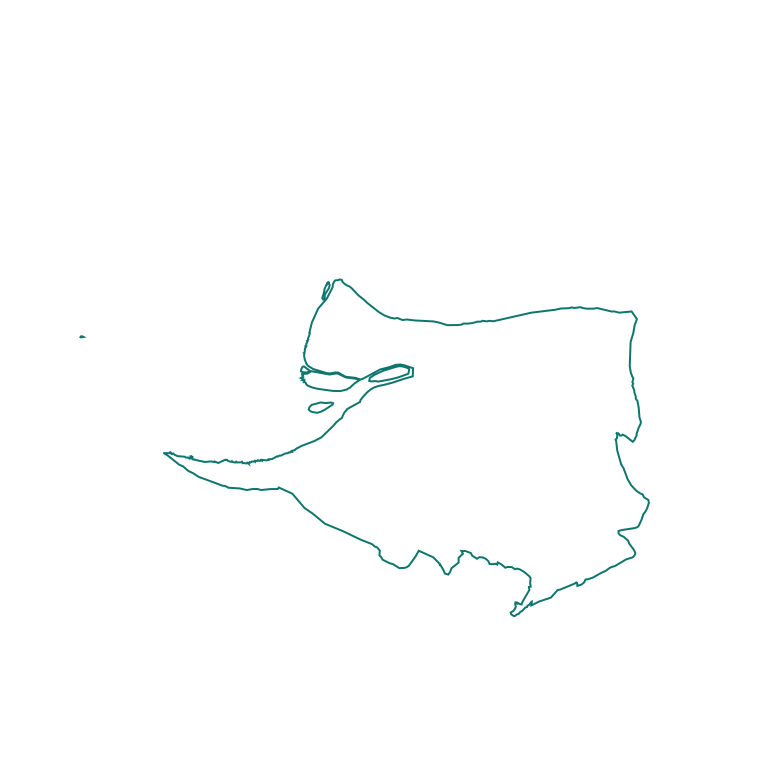 outline of Rokan Hilir, Riau, Indonesia, rotated 293°
{"feature_id": "22746128B71759944188311", "entity_name": "Rokan Hilir", "entity_type": "district", "adm_level": 2, "iso_a3": "IDN", "parent_name": "Indonesia", "parent_adm1": "Riau", "projection": "natural_earth1", "projection_center": [100.629, 2.071], "detail": "fine", "context": "isolated", "style": "outline", "palette": "teal", "viewbox_px": 768, "rotation_deg": 293, "n_neighbors": 0, "source": "geoboundaries", "source_scale": "gbopen_adm2", "svg_char_len": 6166}
<svg xmlns="http://www.w3.org/2000/svg" viewBox="0 0 768 768"><g transform="rotate(293 384 384)"><path d="M542.6,591.4L547.5,583.6L541.6,572.7L540.7,567.3L539.7,565.4L537.2,550.6L535.1,547.2L532.5,541.0L531.5,537.1L531.6,535.1L528.4,529.6L527.8,526.8L526.0,524.5L522.6,517.3L519.3,512.7L507.2,491.7L484.5,460.2L483.3,456.3L481.8,454.1L480.6,449.8L479.3,448.9L477.8,445.5L474.8,441.8L471.6,436.2L471.5,435.2L470.5,433.3L468.8,432.0L466.9,428.5L462.9,419.2L462.2,411.9L461.0,405.3L454.4,387.1L452.3,379.8L450.1,376.0L450.0,370.6L448.3,367.9L447.5,363.6L447.3,357.5L448.2,351.2L452.1,336.9L453.8,332.5L455.6,325.8L459.5,316.9L460.3,314.2L460.3,310.8L461.2,307.3L461.7,306.1L463.4,304.4L462.9,302.3L461.7,301.3L460.4,298.7L458.7,298.1L455.8,298.0L452.8,298.9L440.5,298.0L427.5,293.9L412.3,293.6L401.9,295.3L401.9,295.8L400.6,296.1L396.2,296.3L395.6,296.9L393.8,296.3L393.6,297.0L390.2,296.8L388.8,297.7L388.1,296.9L387.1,297.7L386.1,297.3L382.0,298.6L381.3,298.2L381.2,298.8L378.9,299.3L375.5,301.6L372.5,304.5L371.1,306.6L370.1,313.0L371.7,327.3L372.5,329.9L375.7,334.8L376.6,337.4L375.7,345.9L378.5,355.4L379.0,360.7L380.8,362.7L395.9,374.8L401.8,382.5L406.3,387.4L408.3,391.4L409.2,395.4L409.9,404.6L402.3,407.5L396.2,399.9L388.9,391.7L383.3,384.5L380.2,379.9L377.1,376.4L374.2,374.1L369.7,371.7L364.0,369.7L359.9,368.6L358.2,369.0L346.7,360.0L341.7,358.6L335.8,358.4L335.0,357.5L330.0,355.0L325.8,353.7L310.4,347.2L304.1,342.0L295.1,332.6L290.3,328.6L288.0,327.5L286.5,325.4L285.6,326.0L285.3,324.6L284.3,324.2L283.6,322.8L282.8,322.6L281.5,320.3L277.7,317.0L277.3,315.8L275.7,314.5L275.7,313.9L271.0,310.1L270.2,308.2L269.5,307.9L269.5,307.3L269.0,307.4L269.0,306.7L268.5,306.6L267.6,305.3L266.8,302.1L266.4,301.8L266.5,301.1L266.1,300.6L265.8,300.9L265.9,300.2L264.8,299.9L264.6,298.2L264.1,298.0L264.3,297.5L263.3,296.9L263.0,295.6L262.3,295.7L262.6,295.0L261.9,294.8L261.0,292.7L259.9,292.1L259.6,291.0L259.0,291.1L258.3,289.7L257.7,290.3L258.1,288.8L257.1,288.4L256.2,284.9L256.6,284.2L256.1,284.3L256.3,283.4L254.3,279.3L254.8,278.2L253.6,277.7L253.3,276.7L253.0,274.9L253.5,274.2L252.8,274.0L252.6,273.4L252.2,270.8L252.9,269.0L252.3,268.4L252.2,267.4L246.5,262.3L246.5,258.4L245.9,258.3L245.0,254.7L242.2,249.5L240.3,239.4L240.5,238.7L239.9,237.8L240.1,236.7L242.1,236.2L242.1,235.7L241.7,235.7L242.1,234.9L241.0,234.7L241.6,234.4L241.6,234.2L240.7,234.5L240.4,234.1L240.0,234.6L239.4,234.0L239.8,232.7L238.9,230.2L239.2,228.9L237.0,222.4L237.0,218.9L237.7,217.0L236.6,216.4L236.5,215.8L237.8,214.1L237.5,213.7L236.8,214.0L234.8,209.6L234.5,207.8L233.5,213.5L229.7,227.0L229.7,231.0L227.5,238.0L227.3,243.2L226.1,249.6L227.3,275.3L228.1,277.7L227.7,281.2L231.5,292.0L232.8,299.3L236.1,304.2L237.9,308.5L238.4,312.3L242.9,320.5L245.8,327.2L247.6,327.6L247.2,342.6L238.8,359.3L236.9,368.7L232.3,384.3L232.5,403.8L231.6,423.2L231.9,435.5L230.8,439.1L230.9,441.5L229.0,445.3L225.0,446.5L224.1,447.3L223.9,448.5L221.7,451.5L221.2,459.6L221.7,462.6L220.5,470.0L222.6,474.5L224.0,476.3L226.3,477.9L236.9,480.3L244.1,481.2L243.7,497.1L240.3,505.2L239.4,506.0L239.8,506.2L236.3,511.0L233.3,514.2L233.7,517.6L236.9,518.3L240.8,518.1L248.8,522.5L253.1,520.6L258.6,523.0L260.6,520.4L262.1,524.5L262.3,530.0L260.4,532.3L259.5,537.9L261.9,539.5L263.0,543.1L262.8,546.4L261.6,549.4L259.6,551.5L260.9,555.3L262.0,556.5L262.0,558.8L264.2,558.4L263.8,562.6L262.3,567.5L263.8,569.2L265.4,573.1L264.7,577.0L265.5,577.7L266.2,579.1L266.4,581.6L265.8,586.3L263.8,592.9L262.5,594.8L257.9,596.3L254.8,598.2L253.8,596.7L251.2,598.3L237.6,596.6L234.8,596.8L234.5,595.3L234.8,591.6L234.4,590.9L234.1,591.2L234.2,590.4L233.2,590.5L230.2,592.4L228.5,592.4L225.7,591.8L223.1,589.9L221.7,591.0L221.1,594.4L222.0,595.4L223.8,596.3L224.8,597.7L227.4,598.5L229.3,600.0L233.5,601.4L234.5,602.8L236.0,602.7L237.4,603.9L241.2,604.8L241.5,605.1L237.8,606.2L244.5,611.9L252.6,621.1L262.1,624.3L263.9,626.8L274.8,637.5L276.5,638.5L276.4,639.4L273.7,640.9L276.7,644.3L279.5,645.7L282.8,645.9L283.9,648.0L287.5,652.0L295.2,657.9L298.5,661.0L303.6,664.1L306.9,667.9L317.1,675.4L321.2,680.2L322.6,681.2L325.6,681.7L326.9,681.2L329.1,678.6L333.0,671.9L335.1,670.1L337.0,664.4L337.1,660.5L338.2,658.3L340.3,657.3L342.5,660.0L349.4,671.2L351.4,673.3L353.2,673.9L360.0,674.1L365.4,673.6L368.7,674.5L372.3,674.8L378.0,674.3L380.5,672.7L381.3,667.6L383.4,665.3L383.4,662.7L384.3,658.0L387.3,651.2L391.5,645.5L399.8,637.7L402.6,633.8L413.9,624.7L422.3,619.9L423.2,618.9L424.9,619.6L427.7,618.9L429.4,617.7L429.9,616.5L429.7,618.0L430.2,619.1L428.7,621.4L429.3,622.7L430.7,623.6L430.5,626.3L428.0,635.6L430.1,636.4L435.4,636.6L436.5,636.1L442.8,635.5L447.8,635.8L449.7,635.1L453.1,632.2L461.9,627.6L467.5,623.8L468.8,621.6L470.9,620.6L473.9,617.9L476.0,616.8L479.5,613.2L481.6,613.3L482.6,612.0L486.7,611.3L487.7,609.8L491.1,606.6L496.5,603.2L519.0,594.6L528.1,593.6L535.9,591.8L542.6,591.4ZM363.7,309.5L361.3,305.1L360.6,305.7L360.4,305.1L359.6,305.8L359.0,305.4L359.2,305.7L359.1,306.0L358.7,305.2L358.8,306.6L357.6,306.8L357.4,306.2L357.1,306.8L356.9,306.4L356.8,308.3L356.2,307.9L356.6,308.8L355.7,308.7L355.8,309.4L355.4,309.8L354.5,309.7L354.8,310.3L354.5,311.4L353.2,312.8L352.7,314.5L352.7,318.6L353.6,324.6L357.6,339.5L360.5,346.7L364.4,351.9L367.4,354.1L373.1,356.7L377.6,359.7L378.0,358.4L377.7,355.4L375.1,346.3L375.6,336.9L371.4,330.0L367.4,312.1L363.7,309.5ZM407.4,401.5L407.9,400.7L407.9,397.9L407.3,393.7L406.3,390.9L404.1,387.9L395.9,378.1L388.7,371.6L384.2,368.7L381.1,369.1L381.4,371.3L383.4,375.1L383.9,377.6L390.9,388.3L395.9,394.8L402.9,402.4L407.4,401.5ZM333.5,324.4L331.1,324.7L330.2,326.8L330.2,329.0L331.4,333.8L333.7,336.6L337.3,339.7L345.0,344.7L346.4,344.7L346.3,342.6L343.7,337.8L342.2,332.8L336.4,325.5L333.5,324.4ZM452.4,292.1L448.2,292.2L444.2,293.1L439.7,293.4L438.8,293.7L438.0,295.0L438.9,295.6L440.9,295.6L442.2,294.7L444.8,294.8L450.6,295.9L453.8,295.4L455.0,293.9L455.9,293.7L456.0,293.0L455.5,292.5L454.5,292.2L453.3,292.7L452.4,292.1ZM368.1,302.3L365.3,302.1L363.2,302.6L363.1,304.0L363.7,306.6L364.8,308.9L367.3,310.3L368.9,303.4L368.1,302.3ZM309.3,86.3L308.5,86.3L308.5,86.9L309.9,89.0L310.0,87.5L309.3,86.3Z" fill="none" stroke="#0f766e" stroke-width="2"/></g></svg>